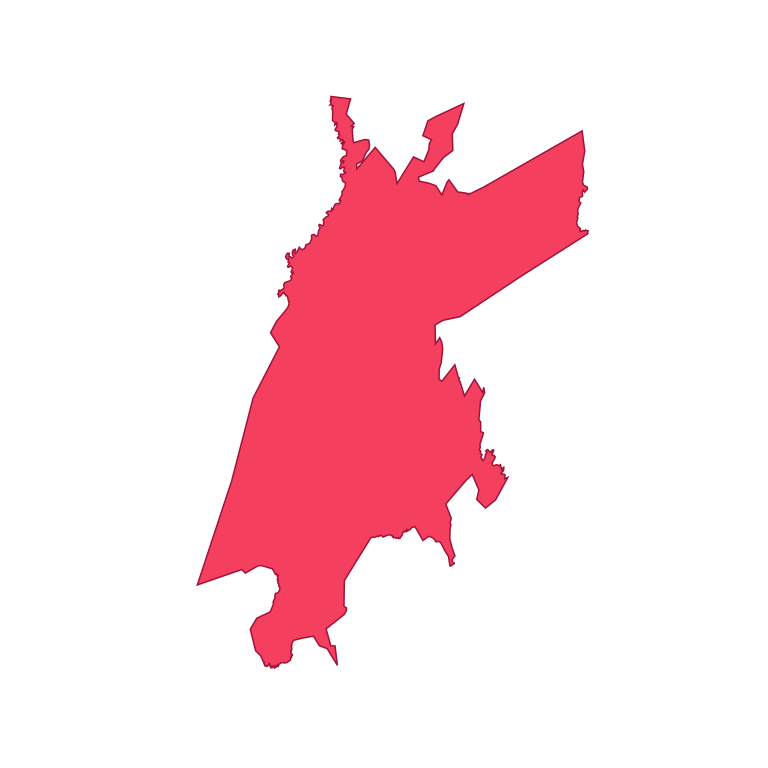 the district of Variņu pag., Smiltenes, Latvia, rotated 110°
{"feature_id": "27541924B26763457463148", "entity_name": "Variņu pag.", "entity_type": "district", "adm_level": 2, "iso_a3": "LVA", "parent_name": "Latvia", "parent_adm1": "Smiltenes", "projection": "equal_earth", "projection_center": [26.157, 57.319], "detail": "fine", "context": "isolated", "style": "filled", "palette": "rose", "viewbox_px": 768, "rotation_deg": 110, "n_neighbors": 0, "source": "geoboundaries", "source_scale": "gbopen_adm2", "svg_char_len": 6156}
<svg xmlns="http://www.w3.org/2000/svg" viewBox="0 0 768 768"><g transform="rotate(110 384 384)"><path d="M664.3,331.6L646.9,340.4L648.1,344.5L633.9,354.7L614.3,342.6L610.5,341.9L607.3,342.5L606.6,345.6L582.3,354.0L532.7,343.7L531.0,340.2L529.2,338.1L529.4,337.2L528.1,336.5L528.2,335.9L527.0,334.6L528.2,332.7L524.1,328.0L523.5,324.7L524.5,324.0L524.8,323.4L524.3,322.9L525.2,322.1L524.4,320.3L524.6,319.1L523.3,318.0L524.1,317.5L523.7,316.3L519.7,315.2L517.6,315.5L515.8,314.9L515.9,314.1L514.7,313.9L515.1,312.7L512.8,312.7L513.5,311.6L514.0,311.6L511.8,309.6L509.3,308.8L507.5,306.1L517.7,293.9L511.8,289.8L511.8,285.6L513.7,282.2L514.3,281.8L514.4,280.7L513.3,279.2L513.4,277.1L513.8,276.3L519.8,269.9L524.0,264.4L532.3,259.9L532.4,259.3L528.7,256.5L528.0,257.1L527.9,258.6L525.9,260.1L521.3,258.5L514.0,264.5L506.9,269.2L497.4,272.4L493.2,273.0L491.9,274.5L487.3,274.8L475.7,284.9L446.9,274.1L438.9,270.1L451.1,258.6L460.8,257.4L465.9,246.2L454.7,239.5L429.4,235.7L431.8,238.2L427.8,239.3L427.6,240.3L428.5,243.2L427.5,243.5L424.6,242.0L421.3,242.9L421.8,243.4L424.3,243.9L420.0,247.1L421.4,248.2L421.3,250.6L423.4,253.1L422.8,254.7L421.2,255.3L415.1,254.4L414.4,254.6L414.0,256.0L413.5,256.1L413.9,257.9L413.6,258.5L409.2,258.1L408.4,258.7L408.9,259.7L411.5,259.7L410.9,260.8L411.5,262.0L410.1,264.1L410.9,265.1L412.6,265.3L412.6,264.3L413.3,263.9L415.3,264.5L418.7,264.0L421.6,264.3L421.9,265.4L420.8,266.2L420.2,267.9L416.9,267.7L416.3,269.8L414.2,270.0L413.1,271.9L410.6,271.9L407.9,273.2L396.2,273.7L395.8,273.9L395.7,276.8L386.6,280.2L385.2,282.6L366.9,287.5L357.7,286.4L353.0,289.1L358.2,288.5L348.5,300.6L367.7,304.3L355.2,313.8L354.9,315.1L352.5,315.1L352.4,316.4L341.7,324.0L361.8,330.7L360.5,333.9L351.2,337.2L344.1,337.6L331.0,340.8L324.8,344.1L321.5,347.5L328.8,349.3L311.0,356.2L304.9,351.1L303.1,349.0L294.7,335.5L235.5,291.8L173.0,243.8L172.3,244.5L170.2,244.7L170.6,245.9L170.3,247.3L171.9,248.2L171.6,249.3L173.1,250.7L172.7,251.6L173.4,252.0L172.0,252.6L170.9,252.5L169.3,256.3L166.6,258.2L161.3,258.7L160.8,259.7L157.9,259.6L155.6,261.1L152.3,261.7L146.5,261.0L146.0,263.0L142.4,264.1L139.4,261.6L136.0,263.2L133.7,263.2L135.1,261.0L131.2,259.4L129.5,260.3L128.8,264.7L126.2,266.6L116.1,268.9L109.6,272.7L96.5,275.0L78.4,284.4L165.0,357.8L176.8,369.1L176.0,369.5L177.2,370.8L176.4,371.6L178.3,380.4L169.9,392.8L172.7,393.8L186.6,394.3L180.0,403.0L179.9,409.8L181.3,420.4L177.8,422.3L166.8,410.4L164.7,410.2L150.8,405.5L141.0,399.2L125.5,405.4L114.8,403.7L93.1,404.9L114.1,426.0L121.6,432.7L137.4,432.4L138.2,422.9L142.8,423.7L148.2,422.0L161.5,422.5L160.5,433.9L191.3,440.3L180.9,446.1L178.9,448.2L164.7,473.2L191.1,483.0L186.7,485.0L181.7,480.5L172.9,480.0L168.5,478.5L164.2,479.4L160.0,481.8L160.8,485.7L167.6,495.0L165.4,496.6L155.6,500.9L152.5,500.5L153.0,502.9L149.4,501.1L143.4,511.8L127.5,512.9L132.0,532.3L133.4,531.3L134.4,531.5L135.1,530.5L135.4,530.4L135.4,531.3L136.4,531.4L138.7,529.6L140.0,530.1L139.5,529.3L140.5,528.5L139.8,527.6L140.4,527.2L140.1,526.9L141.0,526.6L142.9,527.2L145.4,525.4L154.1,522.5L155.1,519.3L157.5,518.9L156.8,518.4L155.1,518.5L154.7,518.2L154.8,517.5L158.3,516.4L162.0,517.0L162.4,516.3L162.3,512.5L165.0,512.2L165.5,510.6L168.5,512.0L169.2,511.0L168.4,509.9L168.8,508.5L170.6,508.4L168.5,506.4L168.8,505.7L170.2,505.5L172.1,506.6L172.8,506.4L172.8,505.5L169.9,504.4L170.0,503.9L174.8,504.4L177.0,503.9L177.4,503.4L177.2,501.2L177.7,498.7L182.2,497.5L184.0,499.7L187.5,501.2L189.1,501.2L190.1,500.6L188.0,498.3L189.2,497.5L191.9,499.8L196.7,499.5L196.8,498.7L193.6,495.9L193.8,495.2L197.9,494.7L198.5,493.8L198.1,492.5L198.5,492.2L201.2,494.3L201.3,496.0L202.0,496.5L204.0,496.0L204.0,494.3L207.1,492.7L208.0,491.1L208.1,489.2L211.2,488.1L215.7,488.6L217.3,489.4L220.9,488.0L225.9,489.1L226.9,488.8L226.4,487.8L226.7,487.2L229.5,487.6L230.3,488.1L230.0,489.1L231.1,490.9L232.7,491.6L237.9,491.8L237.0,493.2L239.9,492.8L240.7,495.7L242.3,496.8L243.0,496.8L243.8,493.9L245.1,493.9L247.0,495.7L250.4,497.4L252.6,496.0L256.1,495.2L256.4,495.9L256.0,499.0L256.6,499.5L257.6,499.3L259.1,497.4L262.3,497.9L267.0,497.0L268.4,498.2L267.3,500.6L268.5,502.7L269.6,502.9L271.4,501.9L273.2,501.6L276.3,501.9L277.3,502.0L279.9,505.0L282.8,504.8L284.2,505.3L285.5,506.6L285.7,507.9L284.5,510.4L289.2,510.8L291.8,511.8L291.2,513.2L288.9,512.7L287.7,513.6L289.5,515.3L291.4,515.3L294.0,514.0L294.7,512.7L296.5,512.9L296.9,514.1L296.4,515.6L296.6,517.1L293.6,517.5L293.9,519.1L294.5,519.7L298.1,520.1L299.9,518.1L298.9,516.5L302.2,515.9L302.6,514.1L306.2,514.9L307.0,514.5L307.1,513.8L304.9,511.8L306.2,509.5L310.3,509.7L311.2,508.9L310.1,507.6L311.5,507.3L314.7,508.5L315.8,507.8L316.2,506.8L317.8,506.9L318.9,507.4L322.7,512.0L324.7,512.2L328.2,510.6L331.1,512.9L332.2,513.1L332.3,513.8L331.7,514.7L333.1,514.7L333.9,514.1L336.0,514.5L336.0,513.7L338.1,512.8L336.2,511.1L333.7,510.5L332.2,509.5L333.5,508.4L333.4,507.0L334.6,506.4L334.3,505.1L334.8,504.6L341.2,500.5L345.8,500.7L361.8,506.4L374.6,508.2L384.8,495.0L441.9,502.2L527.2,494.0L636.7,490.7L607.0,454.2L609.1,449.6L598.1,440.4L596.6,437.2L595.8,425.7L599.9,421.0L599.2,420.4L600.0,419.6L599.8,419.0L600.5,418.8L600.2,418.2L601.1,418.5L601.2,418.0L602.7,417.2L603.8,417.5L603.7,417.0L604.5,416.5L605.8,416.5L605.7,416.1L607.6,415.4L607.6,414.8L610.0,413.8L610.3,412.8L611.5,412.0L613.5,411.5L616.9,412.6L617.6,414.1L618.6,414.4L620.7,414.1L621.5,413.3L626.4,413.7L629.0,412.6L637.1,413.0L647.5,423.4L660.2,425.8L678.6,413.4L681.7,406.7L686.2,402.5L685.9,401.9L686.3,401.5L687.9,401.3L688.4,400.3L689.5,399.7L689.6,398.0L688.6,397.3L688.8,396.9L686.7,396.2L685.1,396.4L688.0,394.7L687.5,393.8L689.3,393.4L689.1,392.2L688.5,391.5L687.5,391.9L687.1,391.7L687.3,391.0L686.5,390.7L687.2,390.1L686.5,389.7L688.0,389.4L685.9,387.9L684.6,388.1L685.4,386.9L682.9,386.6L680.7,384.8L680.2,382.0L678.8,379.8L675.4,377.4L674.1,377.9L672.4,377.5L672.5,378.1L672.0,378.2L669.9,377.3L669.5,377.6L669.8,377.9L669.5,378.9L668.2,379.7L667.7,379.4L666.2,380.5L665.8,379.8L663.4,380.4L662.1,381.7L661.4,381.2L659.6,381.8L656.2,381.3L655.5,380.9L650.8,373.9L645.1,364.1L652.1,355.1L652.1,346.9L664.3,331.6Z" fill="#f43f5e" stroke="#9f1239" stroke-width="1.5"/></g></svg>